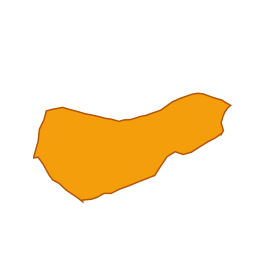 Kangarli District, Babək, Azerbaijan (Equal Earth projection), rotated 47°
{"feature_id": "54616110B75082210580506", "entity_name": "Kangarli District", "entity_type": "district", "adm_level": 2, "iso_a3": "AZE", "parent_name": "Azerbaijan", "parent_adm1": "Babək", "projection": "equal_earth", "projection_center": [45.21, 39.448], "detail": "fine", "context": "isolated", "style": "filled", "palette": "amber", "viewbox_px": 256, "rotation_deg": 47, "n_neighbors": 0, "source": "geoboundaries", "source_scale": "gbopen_adm2", "svg_char_len": 1013}
<svg xmlns="http://www.w3.org/2000/svg" viewBox="0 0 256 256"><g transform="rotate(47 128 128)"><path d="M196.2,64.1L195.0,60.0L187.7,56.3L184.4,50.9L182.4,46.4L181.4,42.0L181.4,37.5L181.1,37.6L176.5,39.1L171.8,40.2L166.4,43.5L161.6,46.1L154.7,49.6L150.4,53.1L147.0,58.1L144.3,64.2L142.0,69.4L139.1,77.8L138.3,84.2L137.3,91.8L135.4,96.3L132.6,102.5L131.0,106.4L127.8,111.5L125.3,117.0L123.5,120.5L119.4,125.4L116.9,130.2L110.0,134.3L106.0,137.6L98.1,142.7L93.2,146.1L88.5,149.6L80.3,154.4L73.7,158.7L68.4,161.7L62.9,170.3L60.0,175.7L59.8,176.0L64.8,184.0L66.6,188.8L68.5,193.7L76.4,202.7L80.1,208.8L84.5,216.1L85.6,217.4L88.0,213.7L96.9,214.8L108.1,217.7L114.5,218.5L121.4,216.2L131.4,215.5L144.0,212.6L151.1,211.4L149.7,210.4L155.1,203.4L157.6,197.9L159.4,190.2L164.2,185.1L167.1,175.5L171.1,166.1L174.7,156.5L177.9,148.5L180.9,140.8L178.6,131.9L175.6,119.0L177.5,109.7L185.0,105.7L188.9,98.2L189.9,92.6L192.4,79.5L194.7,71.1L195.8,63.8L196.2,64.1Z" fill="#f59e0b" stroke="#b45309" stroke-width="1.5"/></g></svg>